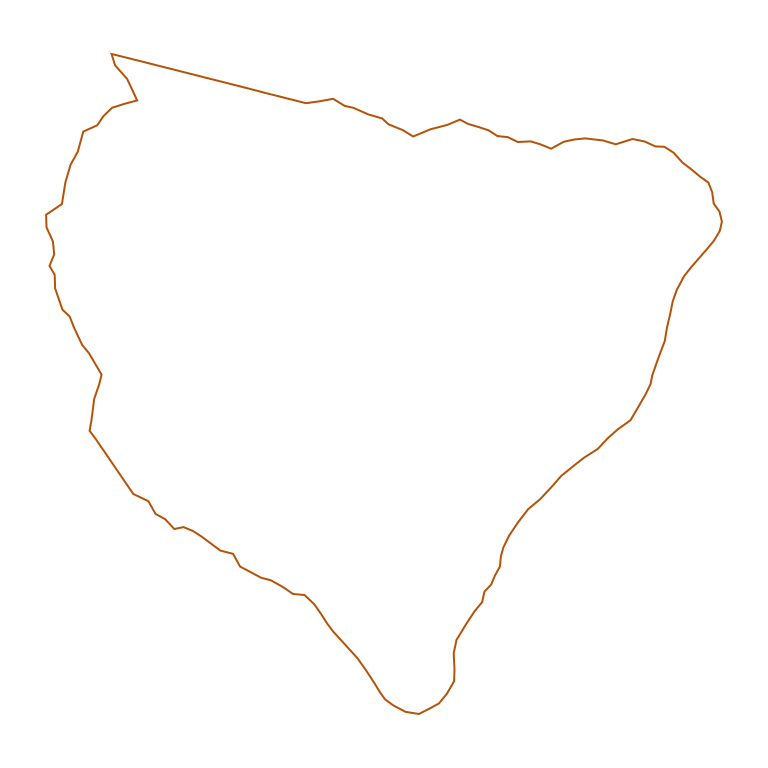 outline of Maragogi, Alagoas, Brazil
{"feature_id": "56859067B32459964326416", "entity_name": "Maragogi", "entity_type": "district", "adm_level": 2, "iso_a3": "BRA", "parent_name": "Brazil", "parent_adm1": "Alagoas", "projection": "albers", "projection_center": [-35.259, -8.967], "detail": "fine", "context": "isolated", "style": "outline", "palette": "amber", "viewbox_px": 768, "rotation_deg": 0, "n_neighbors": 0, "source": "geoboundaries", "source_scale": "gbopen_adm2", "svg_char_len": 1896}
<svg xmlns="http://www.w3.org/2000/svg" viewBox="0 0 768 768"><path d="M111.6,54.0L115.0,65.2L127.1,78.9L137.2,100.4L124.6,103.8L112.0,107.8L103.4,116.2L97.2,125.3L83.3,131.6L77.8,151.6L70.5,164.9L65.4,182.4L61.9,204.1L46.1,214.7L46.5,227.3L52.9,241.5L54.2,254.3L49.5,265.9L54.7,274.8L55.1,288.3L62.5,309.8L69.6,316.3L73.9,327.3L82.2,345.0L89.0,353.2L101.6,374.7L99.1,384.6L94.2,398.9L91.4,420.7L89.6,430.8L96.3,439.8L133.3,494.0L148.4,501.2L155.5,513.9L165.3,519.3L174.3,529.0L183.5,527.1L193.1,531.1L201.9,536.8L220.2,550.5L233.1,553.9L240.1,566.6L261.3,577.8L270.9,580.3L282.5,586.8L293.1,594.0L304.5,595.0L314.3,604.3L321.1,614.0L327.3,623.7L333.1,631.5L339.9,638.9L347.9,647.7L357.7,658.5L366.9,671.6L374.0,682.5L379.9,692.2L385.1,699.4L393.2,705.3L405.4,711.8L418.9,714.0L431.0,707.8L439.0,703.4L446.9,693.7L454.1,681.3L454.5,669.7L453.7,653.2L456.5,639.9L465.7,624.8L474.4,611.5L482.1,602.2L484.5,591.5L491.1,584.7L495.0,575.4L499.9,566.6L500.9,556.3L503.3,547.6L509.0,535.8L518.2,522.1L528.3,509.0L540.0,499.3L552.0,486.5L561.2,475.9L574.7,465.0L583.9,457.8L597.8,448.9L607.8,438.2L617.6,429.5L630.5,420.2L638.8,406.1L645.6,394.3L650.5,384.2L652.3,375.3L656.7,362.7L660.6,351.9L664.8,341.0L666.8,328.5L670.2,313.8L672.7,301.5L676.8,289.8L684.1,276.2L691.3,267.0L698.6,258.7L705.4,250.9L714.0,240.6L719.9,230.7L721.9,221.6L719.5,211.7L713.7,203.5L712.2,192.3L708.4,182.6L700.1,176.7L692.4,170.2L682.3,162.4L673.6,152.7L664.4,146.8L655.2,146.4L644.7,141.5L632.5,139.0L615.7,144.3L603.2,140.5L585.3,138.4L574.2,139.5L563.7,141.8L551.1,148.7L540.4,144.3L530.8,141.4L517.8,142.0L507.7,137.1L497.5,136.1L488.3,130.2L477.8,126.8L468.0,123.9L459.9,119.6L447.3,124.9L430.4,129.3L413.1,136.5L403.0,130.2L388.5,124.3L382.1,118.4L368.2,114.4L353.4,107.8L344.7,105.9L333.1,98.8L319.5,101.3L306.0,103.2L267.5,93.5L247.2,88.2L133.8,59.5L111.6,54.0Z" fill="none" stroke="#b45309" stroke-width="2"/></svg>